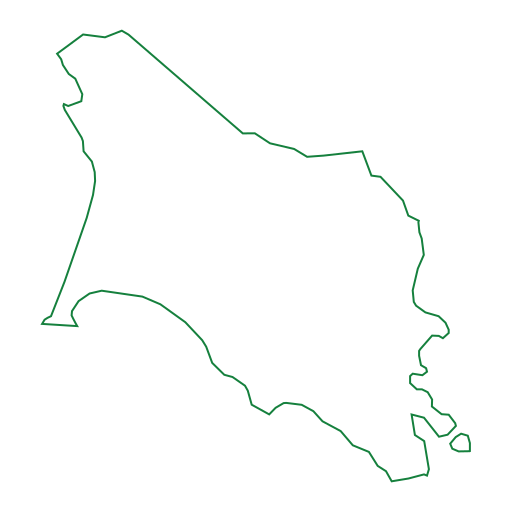 outline of Marin, California, United States of America
{"feature_id": "52423323B48598289352775", "entity_name": "Marin", "entity_type": "district", "adm_level": 2, "iso_a3": "USA", "parent_name": "United States of America", "parent_adm1": "California", "projection": "mercator", "projection_center": [-122.671, 38.07], "detail": "fine", "context": "isolated", "style": "outline", "palette": "green", "viewbox_px": 512, "rotation_deg": 0, "n_neighbors": 0, "source": "geoboundaries", "source_scale": "gbopen_adm2", "svg_char_len": 1620}
<svg xmlns="http://www.w3.org/2000/svg" viewBox="0 0 512 512"><path d="M57.1,53.7L61.2,59.3L62.9,65.0L68.8,74.0L75.3,78.7L82.3,94.2L81.3,101.2L68.2,106.0L63.9,104.1L63.4,105.9L64.8,109.9L81.6,137.6L82.9,141.1L83.6,151.3L91.9,161.6L94.7,172.1L95.1,181.0L93.0,195.0L86.7,217.9L64.5,281.8L51.0,316.2L47.6,317.8L44.6,319.7L42.1,323.9L77.2,326.1L75.5,323.1L73.1,318.5L71.6,315.4L72.0,311.1L78.6,301.1L89.6,293.5L101.7,290.7L142.4,296.6L160.4,304.3L185.3,322.2L202.2,340.2L206.2,346.7L212.2,362.9L224.3,374.8L232.5,377.0L245.0,385.7L247.8,390.7L251.7,404.7L269.2,414.4L275.6,407.8L283.6,403.1L286.2,402.9L301.7,404.8L313.4,411.2L322.5,421.3L340.7,431.1L352.8,445.3L368.9,451.9L377.7,465.9L386.0,471.2L391.7,481.3L408.5,478.5L424.0,474.4L427.0,475.6L428.9,469.2L424.2,441.1L414.9,435.0L411.6,414.5L424.0,417.7L439.0,436.7L447.6,434.7L455.9,425.9L455.2,423.2L448.7,414.7L441.6,414.2L431.9,406.5L432.1,399.5L427.7,392.2L421.9,389.3L416.8,389.3L410.1,383.1L410.1,376.1L412.7,373.7L422.4,375.2L427.0,371.7L426.1,368.2L421.0,365.2L419.1,355.8L419.1,350.9L420.3,349.1L432.1,335.6L438.8,335.9L442.9,338.2L448.7,333.0L448.7,329.7L445.5,322.7L438.6,316.2L425.4,312.4L416.1,305.7L413.8,301.9L412.7,290.4L417.8,268.7L423.8,254.9L421.7,238.5L419.4,232.3L418.4,222.3L418.8,220.8L408.3,215.6L403.0,200.6L380.5,176.8L371.4,175.6L362.3,151.3L323.7,155.6L307.1,156.8L294.2,149.0L270.0,143.3L254.8,133.3L242.8,133.4L128.5,34.6L121.8,30.7L105.0,37.3L83.1,34.5L57.1,53.7ZM450.2,443.7L452.3,448.7L458.6,451.4L469.7,451.2L469.9,451.1L469.9,443.1L467.8,435.7L461.1,433.7L455.7,437.1L450.2,443.7Z" fill="none" stroke="#15803d" stroke-width="2"/></svg>